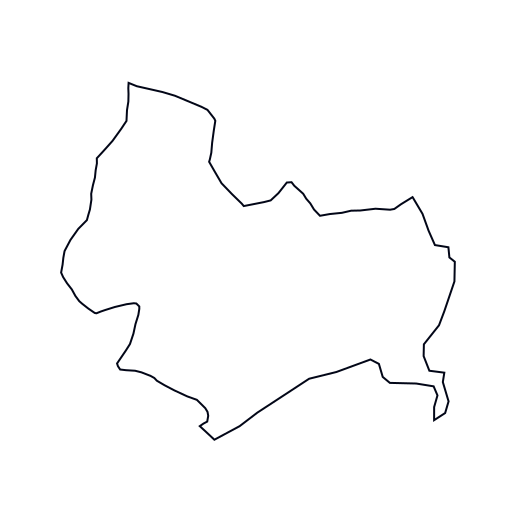 outline of Al-Kufa, An-Najaf, Iraq, rotated 260°
{"feature_id": "34846034B35255353982404", "entity_name": "Al-Kufa", "entity_type": "district", "adm_level": 2, "iso_a3": "IRQ", "parent_name": "Iraq", "parent_adm1": "An-Najaf", "projection": "albers", "projection_center": [44.484, 32.07], "detail": "fine", "context": "isolated", "style": "outline", "palette": "ink", "viewbox_px": 512, "rotation_deg": 260, "n_neighbors": 0, "source": "geoboundaries", "source_scale": "gbopen_adm2", "svg_char_len": 1826}
<svg xmlns="http://www.w3.org/2000/svg" viewBox="0 0 512 512"><g transform="rotate(260 256 256)"><path d="M293.5,68.1L287.8,66.0L281.0,64.0L273.5,61.2L268.7,62.4L261.9,65.2L255.1,68.8L248.0,71.2L242.2,74.1L239.2,76.5L233.4,81.7L227.9,87.3L227.3,88.9L228.3,93.7L229.0,98.2L230.3,108.2L231.0,120.2L230.7,127.5L230.0,129.9L226.6,132.3L224.2,131.9L218.4,129.9L209.9,125.5L200.8,121.8L191.2,116.6L185.5,111.4L174.3,100.5L171.5,100.9L167.8,102.5L166.1,108.2L164.0,117.0L161.3,123.0L156.2,131.4L153.5,134.7L150.4,136.7L144.6,143.5L137.8,152.3L129.7,163.9L124.6,172.8L115.0,179.6L110.9,181.2L106.9,181.2L101.4,179.2L100.1,175.2L98.2,171.1L88.2,178.7L82.3,183.1L91.3,210.4L101.5,230.1L114.0,259.3L125.9,287.0L127.8,315.0L134.2,350.7L128.4,358.3L114.9,359.8L107.8,365.8L102.6,391.6L96.8,408.3L87.2,410.5L76.3,405.2L63.4,402.9L68.5,415.0L79.4,420.4L99.4,418.1L108.4,421.2L112.9,406.8L128.3,403.7L139.9,406.0L156.0,424.2L168.8,431.8L196.5,447.0L215.8,450.8L221.0,446.2L231.2,447.0L235.7,434.1L251.2,430.3L254.2,429.8L268.6,427.3L286.6,420.5L286.8,420.4L281.8,407.8L278.3,400.4L278.3,396.1L281.8,381.9L282.7,366.6L284.1,357.6L283.6,348.1L284.5,336.0L284.5,326.0L291.7,321.2L298.4,318.6L303.7,315.4L309.1,313.3L318.5,305.9L322.5,303.8L323.0,299.1L314.0,289.0L308.2,280.1L307.7,273.2L307.3,252.6L310.0,251.1L321.1,243.1L333.6,234.7L346.6,229.9L356.9,226.2L359.1,227.3L365.4,229.9L375.2,232.5L386.8,236.2L396.2,239.4L398.5,238.8L408.3,233.6L412.3,228.3L427.9,204.0L433.7,192.4L437.7,182.9L443.9,168.1L448.6,160.6L443.5,159.4L437.7,158.6L430.2,157.1L422.1,154.3L411.5,151.9L408.5,149.0L404.7,145.4L394.2,134.6L385.7,123.8L379.9,116.2L374.8,115.4L368.3,113.0L361.2,111.0L354.0,107.7L345.9,104.5L340.1,103.7L330.6,100.5L325.8,98.1L320.7,95.7L313.6,85.7L304.1,76.1L294.2,68.4L293.5,68.1Z" fill="none" stroke="#020617" stroke-width="2"/></g></svg>